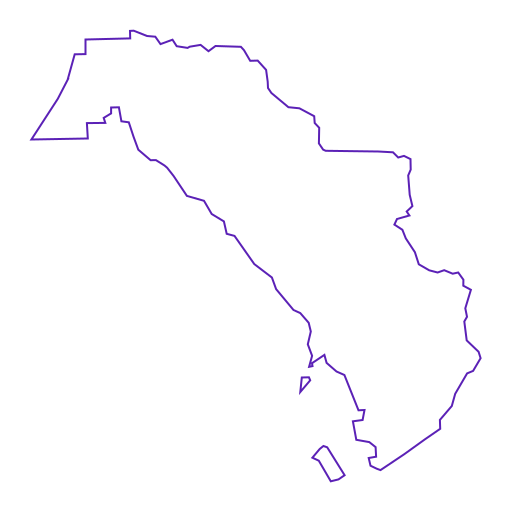 Lafourche, Louisiana, United States of America
{"feature_id": "52423323B36093874947415", "entity_name": "Lafourche", "entity_type": "district", "adm_level": 2, "iso_a3": "USA", "parent_name": "United States of America", "parent_adm1": "Louisiana", "projection": "robinson", "projection_center": [-90.415, 29.493], "detail": "fine", "context": "isolated", "style": "outline", "palette": "violet", "viewbox_px": 512, "rotation_deg": 0, "n_neighbors": 0, "source": "geoboundaries", "source_scale": "gbopen_adm2", "svg_char_len": 1783}
<svg xmlns="http://www.w3.org/2000/svg" viewBox="0 0 512 512"><path d="M85.5,39.5L85.5,54.1L74.7,54.3L67.9,78.8L68.1,78.9L57.8,98.8L31.4,139.5L87.8,138.5L86.9,123.1L105.3,122.9L103.7,117.9L111.1,113.4L111.1,107.5L118.9,107.3L121.4,121.3L128.8,122.3L133.5,136.6L138.3,149.7L150.6,160.2L155.9,160.1L164.5,165.5L167.1,167.7L173.6,176.0L186.9,195.9L204.0,200.8L211.7,214.0L223.9,221.4L226.7,233.8L234.5,235.9L254.3,264.1L271.9,277.5L276.1,289.1L293.5,310.0L300.3,313.1L308.7,322.8L310.8,331.5L307.8,344.3L312.1,355.8L309.1,366.8L312.5,366.1L312.0,363.2L321.1,357.1L324.4,354.9L326.6,362.9L336.5,371.5L344.4,375.0L358.5,410.3L364.5,410.0L362.6,420.0L352.9,421.3L356.3,439.8L369.3,442.1L375.6,447.1L376.1,456.7L368.7,458.0L370.5,465.7L376.7,468.7L380.5,470.1L404.1,454.3L425.4,439.0L440.2,428.8L439.9,419.9L451.8,406.0L455.2,393.8L467.1,373.4L473.1,370.9L480.6,358.2L478.6,351.8L466.7,340.4L464.3,321.5L467.0,316.8L465.3,308.3L470.9,289.8L463.3,285.7L463.4,279.7L458.2,272.5L452.7,273.7L444.2,270.2L437.6,272.5L429.2,270.3L418.8,264.3L414.9,252.2L405.8,238.4L402.4,229.8L394.4,224.6L397.0,219.0L409.4,215.5L406.7,211.5L412.4,206.1L409.7,194.8L408.2,175.5L410.7,169.6L410.5,159.1L404.0,155.9L398.2,157.5L393.0,152.3L378.3,151.5L325.7,150.8L323.1,149.6L318.9,143.4L319.2,127.8L314.7,123.0L314.2,116.2L299.4,108.3L288.4,107.2L271.4,93.0L268.0,88.0L267.7,81.7L266.1,69.9L257.7,60.6L250.2,60.8L244.0,50.2L240.9,46.8L215.5,46.0L208.5,51.2L200.6,44.9L189.7,46.7L187.6,47.9L176.7,46.2L172.5,39.7L160.5,44.1L155.3,36.7L147.0,36.0L133.7,30.7L130.0,30.9L130.2,38.4L85.5,39.5ZM312.4,457.7L318.8,460.7L330.8,481.3L338.5,479.4L344.6,475.2L327.2,447.3L323.4,446.0L319.7,449.0L312.4,457.7ZM301.8,377.5L300.3,392.0L310.2,380.3L308.9,377.3L301.8,377.5Z" fill="none" stroke="#5b21b6" stroke-width="2"/></svg>